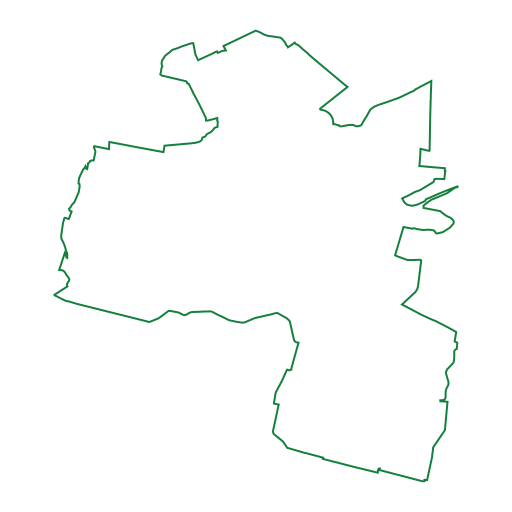 Medgidia, Constanta, Romania (Equal Earth projection)
{"feature_id": "2599482B71920226785357", "entity_name": "Medgidia", "entity_type": "district", "adm_level": 2, "iso_a3": "ROU", "parent_name": "Romania", "parent_adm1": "Constanta", "projection": "equal_earth", "projection_center": [28.275, 44.229], "detail": "fine", "context": "isolated", "style": "outline", "palette": "green", "viewbox_px": 512, "rotation_deg": 0, "n_neighbors": 0, "source": "geoboundaries", "source_scale": "gbopen_adm2", "svg_char_len": 5865}
<svg xmlns="http://www.w3.org/2000/svg" viewBox="0 0 512 512"><path d="M294.7,42.6L291.8,44.8L288.0,47.3L287.9,47.0L285.9,44.5L285.7,43.7L285.1,42.5L282.0,38.8L280.6,37.8L279.8,37.5L274.5,36.8L273.1,36.5L268.5,36.0L264.1,34.6L258.9,31.8L257.5,31.3L255.6,30.7L223.5,46.0L225.9,50.5L222.6,50.8L217.7,52.9L217.0,51.4L215.3,52.0L214.6,52.5L213.5,53.1L198.1,60.2L195.5,54.7L195.2,53.5L193.8,45.8L193.2,43.2L192.0,43.2L189.6,43.8L182.7,46.1L176.1,48.7L174.1,49.3L172.3,49.9L171.6,50.5L169.9,52.0L165.3,55.6L164.6,56.6L163.3,58.7L162.2,60.3L161.9,61.3L161.6,62.7L161.6,63.7L161.9,65.3L162.3,66.5L162.1,66.6L161.5,68.2L161.3,69.1L161.1,71.2L160.3,74.4L161.6,75.5L182.4,80.4L186.4,81.4L186.7,81.7L186.9,82.6L187.2,83.3L187.6,83.5L188.0,83.6L188.6,83.6L189.2,84.8L192.4,91.2L192.8,92.0L193.2,92.9L193.4,93.6L193.9,94.3L194.8,95.9L199.4,104.6L205.9,118.0L205.9,120.1L206.0,120.6L208.0,120.5L209.0,120.2L211.9,119.5L217.3,118.0L217.2,120.8L217.8,121.5L217.7,123.3L217.6,124.1L217.5,126.9L214.8,127.7L214.0,128.6L213.1,130.0L212.3,130.6L211.3,131.7L210.3,132.4L208.0,133.5L207.5,133.7L206.9,134.2L205.7,135.9L204.8,136.7L203.8,137.1L202.8,137.4L202.3,137.8L202.0,139.3L201.7,140.0L201.5,140.3L199.5,141.7L197.3,142.4L196.3,142.4L196.1,142.7L191.4,143.3L164.5,145.7L164.4,146.8L163.4,152.1L136.9,147.2L115.9,143.2L109.3,142.0L109.0,149.1L94.2,146.2L94.0,146.6L93.9,147.0L94.0,147.6L95.2,150.7L95.3,151.2L95.4,152.0L94.0,158.8L93.6,160.5L91.9,160.4L90.1,160.9L90.0,161.6L89.9,161.8L89.2,162.4L88.9,162.7L87.9,163.4L88.0,164.8L87.5,166.7L87.4,168.2L87.1,169.1L86.1,168.5L86.0,168.0L85.7,167.4L85.4,166.4L84.8,167.6L84.6,167.9L83.8,168.8L83.0,169.7L81.0,173.9L80.2,175.6L79.0,178.5L78.8,180.1L78.5,183.5L78.8,183.7L79.4,183.9L79.7,186.4L78.6,192.5L74.3,202.4L73.1,203.5L71.6,205.3L70.6,207.1L69.0,208.9L69.0,209.0L69.7,210.7L71.6,211.5L68.8,219.0L64.9,217.8L64.3,218.2L63.0,223.0L61.2,235.7L61.3,238.4L63.0,241.8L64.5,245.3L65.7,249.2L65.8,250.4L67.0,252.8L67.2,253.5L67.2,257.9L66.6,257.6L65.9,255.7L65.3,253.6L64.8,252.9L59.2,270.0L61.9,270.2L62.7,270.4L63.2,270.8L64.1,271.4L65.3,272.9L66.5,275.0L68.9,278.2L69.2,278.9L69.3,280.0L69.0,280.8L67.9,282.3L67.0,284.1L67.1,286.1L67.4,286.5L66.2,287.2L54.4,294.8L54.8,295.4L64.9,300.5L67.7,301.4L68.2,301.3L68.5,301.3L71.0,302.1L77.4,304.0L89.8,307.1L149.4,322.0L158.8,318.2L168.7,310.8L170.4,311.0L173.4,311.5L177.7,312.3L179.1,312.8L182.9,314.7L183.7,315.1L184.2,315.2L185.1,315.1L185.9,314.9L189.6,312.8L190.8,312.3L191.5,312.1L195.3,311.9L196.7,311.9L204.7,311.5L210.7,311.4L211.5,311.6L212.3,311.9L218.8,315.3L221.6,316.5L224.1,317.7L226.6,319.0L229.4,320.3L234.5,321.4L240.9,322.5L242.0,322.6L243.2,322.6L244.4,322.4L246.1,321.8L254.3,318.3L255.3,318.0L255.2,318.0L263.0,316.2L270.2,314.6L275.7,313.1L276.8,313.0L277.8,313.2L284.3,316.9L286.5,318.0L288.1,319.5L289.2,320.6L289.6,321.2L289.9,321.6L290.3,323.6L290.8,325.8L292.6,333.9L294.0,339.8L294.3,340.5L294.8,341.2L295.9,342.1L296.5,342.3L297.4,342.5L298.5,342.7L291.2,369.0L291.2,369.3L291.3,369.7L290.5,369.9L289.3,370.3L289.0,370.3L288.3,370.1L287.4,369.7L287.0,369.7L281.8,381.1L276.3,391.4L275.7,392.6L273.9,403.5L278.7,404.6L272.9,431.6L273.7,434.0L283.0,441.5L287.2,447.8L305.3,453.1L305.9,453.1L323.2,457.7L322.8,458.9L352.4,466.5L377.8,472.7L377.9,472.3L377.9,470.0L379.0,468.5L379.9,468.5L379.9,470.2L380.1,470.2L421.8,481.1L422.9,481.3L424.7,481.0L424.5,479.8L425.3,479.8L425.6,480.0L427.1,480.0L430.3,465.3L430.3,465.1L432.1,457.0L432.1,456.0L433.0,449.4L433.2,447.3L435.4,444.1L444.9,430.2L447.5,401.8L442.1,401.3L440.4,401.3L440.3,400.3L443.3,400.1L443.8,399.9L444.4,399.6L444.8,399.1L445.1,398.6L445.4,398.0L445.6,397.4L445.6,394.1L445.7,391.5L446.4,388.5L447.4,386.8L448.1,385.4L448.4,384.4L448.5,382.0L446.6,375.6L446.0,373.2L445.9,372.1L447.2,369.3L453.1,363.1L453.4,362.8L453.9,360.9L454.1,359.7L454.2,357.4L454.3,354.9L454.2,352.3L454.3,350.9L455.5,349.6L456.1,349.1L456.5,348.9L456.8,348.9L457.3,342.7L454.7,341.4L454.7,341.0L456.2,332.0L447.4,327.1L443.1,324.9L435.9,321.2L430.8,319.1L421.9,315.0L402.0,304.5L415.5,291.9L417.4,288.8L418.0,286.1L418.4,283.4L421.2,260.4L420.4,259.9L419.3,259.8L408.3,260.1L407.5,260.0L397.2,256.3L395.1,255.3L403.5,227.0L412.4,228.7L414.1,228.2L416.4,229.0L421.0,229.7L422.4,229.9L423.3,230.1L426.7,229.7L430.0,229.8L433.9,230.4L436.2,233.3L437.1,233.5L442.9,232.1L450.1,227.5L453.4,223.7L453.8,222.2L453.3,220.4L451.4,218.5L450.1,217.6L446.2,215.8L441.4,212.2L440.5,211.2L423.5,207.9L423.6,205.5L431.0,199.9L446.9,193.3L454.5,188.0L457.6,186.9L457.4,186.4L448.7,189.7L440.4,193.0L429.7,197.7L425.8,199.3L425.4,200.9L417.1,204.7L412.2,205.8L408.1,205.0L406.8,204.5L404.4,202.4L402.2,198.4L409.6,194.9L414.6,192.1L419.9,190.2L425.4,186.9L432.7,182.5L433.5,181.9L434.2,180.3L434.5,179.1L436.1,178.9L440.5,178.9L442.1,179.0L444.3,179.1L445.1,172.3L445.1,171.5L445.3,171.2L444.8,171.0L444.9,168.2L433.8,167.3L419.3,166.0L419.5,164.7L420.2,155.9L420.5,149.6L420.5,148.8L427.4,150.5L428.2,150.6L428.9,150.6L429.1,150.7L429.3,150.9L429.6,150.5L430.3,112.7L430.6,102.7L430.4,102.2L430.4,101.7L430.7,101.1L430.8,95.4L431.3,82.3L431.3,81.0L421.0,86.4L415.3,89.5L415.2,89.5L414.1,90.7L411.5,91.8L399.6,97.5L387.8,101.8L377.9,105.1L376.7,105.7L374.8,106.4L373.7,107.0L370.4,109.5L370.0,110.2L368.1,113.6L366.2,117.0L365.2,118.3L361.2,125.3L358.1,126.3L356.2,126.2L355.4,126.0L353.6,125.1L351.0,124.8L350.1,125.2L348.4,124.9L347.3,125.3L341.8,126.3L340.8,126.4L339.7,126.2L339.2,125.8L338.9,125.2L338.0,125.2L334.5,124.1L333.3,124.2L333.3,123.2L333.1,121.3L332.9,120.0L332.6,118.8L332.0,117.3L331.1,115.7L330.2,114.5L328.7,113.0L327.0,111.8L325.5,111.0L323.6,110.3L322.5,110.0L320.6,109.7L320.2,109.4L320.1,108.9L320.6,108.3L341.5,91.7L346.2,88.0L347.5,86.9L345.7,85.5L341.6,82.2L337.7,78.9L321.1,65.0L309.5,55.2L307.5,53.1L302.5,49.0L299.6,46.2L298.4,45.3L295.4,43.7L294.7,42.6Z" fill="none" stroke="#15803d" stroke-width="2"/></svg>